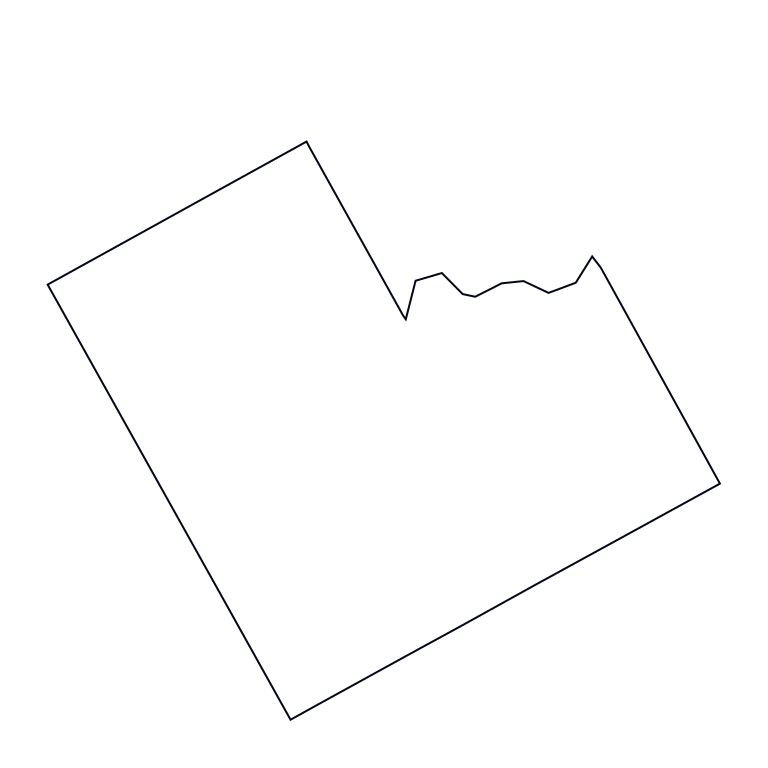 outline of Logan, Oklahoma, United States of America, rotated 331°
{"feature_id": "52423323B62151411307499", "entity_name": "Logan", "entity_type": "district", "adm_level": 2, "iso_a3": "USA", "parent_name": "United States of America", "parent_adm1": "Oklahoma", "projection": "mercator", "projection_center": [-97.363, 35.945], "detail": "fine", "context": "isolated", "style": "outline", "palette": "ink", "viewbox_px": 768, "rotation_deg": 331, "n_neighbors": 0, "source": "geoboundaries", "source_scale": "gbopen_adm2", "svg_char_len": 490}
<svg xmlns="http://www.w3.org/2000/svg" viewBox="0 0 768 768"><g transform="rotate(331 384 384)"><path d="M138.0,134.0L139.1,479.2L139.5,632.3L172.2,632.3L270.2,632.6L286.6,632.7L335.8,633.0L417.6,633.0L532.0,633.6L629.5,634.0L630.0,403.7L630.0,387.3L627.9,373.4L600.8,388.4L572.1,384.1L555.9,361.6L535.7,353.0L506.1,351.9L496.4,343.5L488.4,315.0L461.7,309.0L434.4,338.0L433.9,333.4L433.6,140.4L433.8,134.4L335.5,134.2L138.0,134.0Z" fill="none" stroke="#020617" stroke-width="2"/></g></svg>